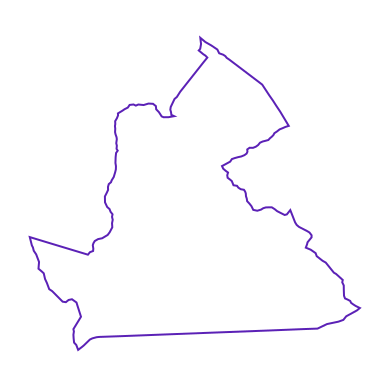 Inajá, Pernambuco, Brazil (Natural Earth projection), rotated 268°
{"feature_id": "56859067B51335287871897", "entity_name": "Inajá", "entity_type": "district", "adm_level": 2, "iso_a3": "BRA", "parent_name": "Brazil", "parent_adm1": "Pernambuco", "projection": "natural_earth1", "projection_center": [-37.801, -8.807], "detail": "fine", "context": "isolated", "style": "outline", "palette": "violet", "viewbox_px": 384, "rotation_deg": 268, "n_neighbors": 0, "source": "geoboundaries", "source_scale": "gbopen_adm2", "svg_char_len": 2862}
<svg xmlns="http://www.w3.org/2000/svg" viewBox="0 0 384 384"><g transform="rotate(268 192 192)"><path d="M38.2,72.7L40.8,76.4L42.4,78.5L48.1,84.8L49.2,87.3L50.2,91.5L50.4,94.1L50.4,116.8L50.7,197.8L50.9,264.1L51.1,299.0L51.1,312.7L55.3,322.3L57.3,333.8L58.9,338.8L62.4,341.8L67.9,352.7L70.2,355.7L72.4,351.6L74.2,349.0L75.7,347.1L77.6,346.3L79.1,343.7L80.3,341.2L83.0,340.3L89.2,340.3L93.3,340.4L96.5,339.0L98.8,339.6L105.1,333.1L106.4,331.0L108.4,329.5L116.8,323.2L118.7,320.1L123.5,314.4L126.6,313.4L130.2,308.6L132.4,303.8L135.8,305.2L137.7,305.7L142.5,309.9L144.6,310.0L147.4,308.0L148.8,305.9L153.4,297.7L155.4,295.5L158.0,294.0L170.5,289.6L166.3,286.0L165.8,283.8L168.0,279.8L169.9,276.4L172.0,274.0L173.9,271.2L174.0,268.9L174.0,265.2L173.3,262.6L172.0,260.4L171.0,256.6L172.0,252.6L175.8,250.9L178.5,248.9L180.9,246.8L183.5,246.5L185.9,245.8L188.7,245.7L190.6,245.1L192.4,244.0L193.1,240.8L194.7,238.5L196.6,237.2L197.3,233.7L199.8,232.8L201.6,232.1L203.2,230.3L205.0,228.1L207.5,227.8L210.2,228.7L211.9,226.5L214.2,224.0L216.9,222.9L218.0,225.2L219.2,227.6L221.0,231.2L223.5,233.0L224.4,235.9L225.2,239.2L225.8,242.5L227.0,245.7L228.5,247.9L230.3,248.8L232.6,248.7L234.2,251.1L234.0,254.5L235.0,257.3L236.6,259.7L238.9,261.7L240.0,264.4L240.6,267.2L241.3,270.1L243.1,271.9L244.4,273.6L246.0,275.3L247.9,276.4L249.5,279.0L251.5,281.7L252.7,285.0L253.8,287.7L254.7,291.0L269.3,282.9L275.1,279.3L280.5,276.1L285.9,272.6L296.9,265.9L323.0,233.9L324.9,231.3L326.6,230.1L328.1,228.0L329.7,224.0L333.5,222.3L337.8,216.4L341.4,210.6L345.8,205.7L339.6,206.2L334.8,205.2L333.2,203.7L329.2,208.2L327.9,210.1L325.8,212.0L321.1,207.9L292.6,183.7L287.5,180.2L285.6,177.8L277.7,173.7L275.0,173.2L272.6,173.8L269.8,174.1L268.4,176.8L267.6,171.2L267.7,166.3L268.6,164.3L271.0,162.9L273.0,161.7L275.9,159.1L279.1,158.9L281.5,156.1L281.9,151.6L280.6,146.7L281.3,141.4L280.3,138.9L281.5,136.6L281.2,132.7L278.6,130.8L277.1,127.5L275.8,125.5L273.1,120.7L271.2,120.8L268.3,119.5L265.5,117.7L262.6,117.7L260.6,117.3L258.0,117.5L254.5,117.2L252.3,117.6L249.4,118.5L247.4,118.7L243.4,118.0L240.9,118.5L237.8,118.1L235.9,119.2L233.7,117.5L229.5,116.9L223.7,116.5L220.5,116.9L217.3,116.7L214.4,115.9L209.7,114.3L206.4,112.1L204.6,111.4L202.8,109.1L200.0,108.2L197.0,108.2L194.2,106.8L190.6,104.8L184.7,104.7L180.0,106.7L177.8,109.0L175.1,109.9L172.5,111.8L169.9,111.2L167.0,111.8L163.6,111.0L159.5,111.1L154.6,108.3L152.0,106.2L148.9,100.6L148.2,96.5L146.4,93.1L144.2,91.7L142.3,91.0L138.8,91.4L136.5,91.1L135.4,87.9L133.0,85.8L146.0,47.6L152.6,28.3L144.2,30.1L142.1,31.1L138.8,31.8L135.1,34.1L127.4,36.7L120.7,35.9L117.7,39.2L115.9,41.0L110.2,42.1L106.2,43.8L99.9,45.9L97.8,48.8L86.9,58.9L86.3,62.1L88.4,64.9L89.0,68.3L85.6,72.7L81.9,73.7L71.2,76.7L59.1,68.7L56.7,69.1L53.5,68.5L49.7,68.6L45.6,68.9L43.2,71.0L38.2,72.7Z" fill="none" stroke="#5b21b6" stroke-width="2"/></g></svg>